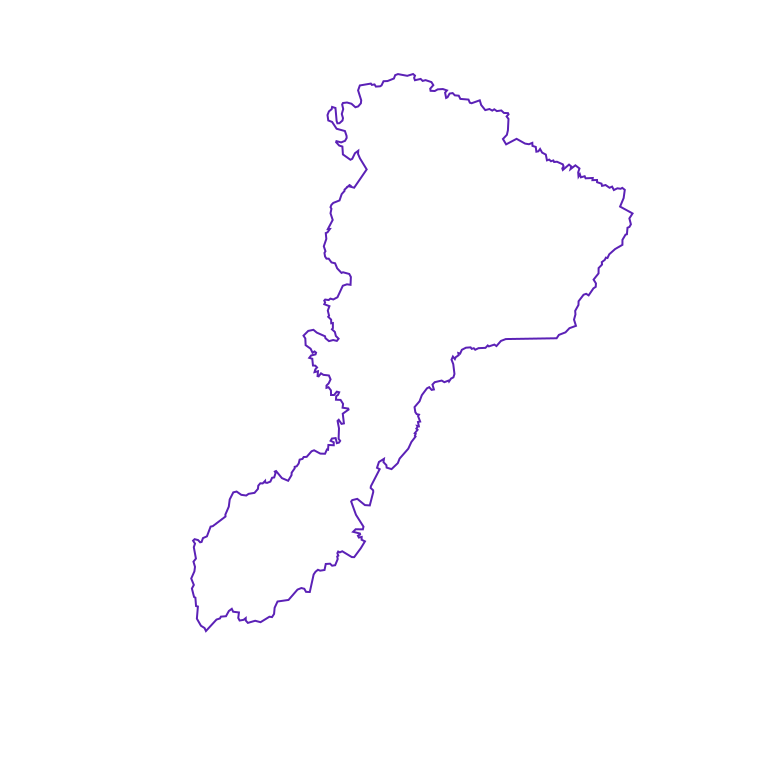 Huejuquilla el Alto, Jalisco, Mexico (Equal Earth projection), rotated 24°
{"feature_id": "50627088B54034913428250", "entity_name": "Huejuquilla el Alto", "entity_type": "district", "adm_level": 2, "iso_a3": "MEX", "parent_name": "Mexico", "parent_adm1": "Jalisco", "projection": "equal_earth", "projection_center": [-103.916, 22.528], "detail": "fine", "context": "isolated", "style": "outline", "palette": "violet", "viewbox_px": 768, "rotation_deg": 24, "n_neighbors": 0, "source": "geoboundaries", "source_scale": "gbopen_adm2", "svg_char_len": 6111}
<svg xmlns="http://www.w3.org/2000/svg" viewBox="0 0 768 768"><g transform="rotate(24 384 384)"><path d="M368.1,651.8L374.0,643.2L376.5,642.5L377.1,638.8L375.1,632.9L375.2,626.0L384.6,620.1L388.6,607.0L391.5,604.0L394.5,603.5L397.3,605.6L400.8,604.2L397.2,586.6L397.8,583.4L399.2,580.6L401.6,580.5L405.3,578.1L404.0,572.1L407.8,570.1L410.5,571.1L413.1,569.4L412.9,562.7L411.4,560.6L412.1,559.4L410.2,557.5L410.3,555.7L412.1,555.8L413.9,553.8L425.0,555.2L427.2,554.3L429.6,543.4L430.6,535.5L426.9,535.4L425.8,532.8L423.5,534.5L421.9,533.2L423.4,531.2L422.8,530.4L415.9,531.6L417.2,528.2L423.8,525.4L423.3,522.7L411.6,514.9L401.8,504.7L402.2,503.0L406.3,499.8L415.8,502.4L420.4,500.7L418.1,487.0L417.3,485.5L414.1,484.4L413.6,482.7L414.7,463.6L411.7,463.4L411.1,457.3L414.4,452.4L415.3,455.6L419.2,457.2L420.4,459.3L425.5,458.7L428.8,450.7L428.6,445.8L432.5,433.2L432.6,425.8L434.2,419.2L433.3,418.8L433.2,416.6L432.1,416.5L433.3,412.2L431.7,411.6L432.2,409.5L431.3,408.8L433.0,408.4L430.5,404.9L432.3,403.6L428.2,399.5L428.4,397.8L426.1,398.2L424.1,397.0L421.3,392.7L423.5,385.3L423.1,378.8L425.0,370.5L426.6,368.5L429.9,370.0L431.8,368.7L428.5,364.8L429.6,361.7L435.3,357.4L438.4,357.8L441.6,354.6L442.4,355.3L443.0,351.8L444.7,349.7L444.3,346.2L439.2,337.7L435.8,334.3L435.8,330.9L438.6,332.4L438.6,330.4L440.5,327.3L439.3,325.5L441.2,325.3L441.2,321.1L444.1,317.5L448.2,315.3L449.8,316.2L451.5,314.8L453.4,315.6L455.8,312.8L462.0,309.7L463.1,306.6L464.5,307.0L468.8,303.1L471.3,303.6L473.3,297.1L477.0,293.4L523.1,272.0L523.8,268.0L528.8,263.0L530.7,257.6L535.7,252.8L531.4,247.9L530.6,242.6L528.9,239.4L529.5,232.7L528.1,229.3L530.0,221.3L532.0,219.4L534.9,219.8L536.4,211.5L537.9,209.1L536.7,205.9L533.0,203.4L535.0,195.7L532.9,190.8L534.6,186.2L533.4,184.1L535.2,180.8L535.3,178.3L536.9,178.0L537.0,173.9L540.3,166.6L545.2,159.9L543.2,155.3L543.9,149.3L545.0,148.4L542.9,142.2L544.3,140.7L544.6,137.7L540.8,132.9L541.7,127.1L527.5,125.9L527.3,116.7L525.0,108.7L521.9,107.9L520.8,109.4L517.6,110.3L515.1,113.3L512.1,110.9L510.2,113.0L505.5,112.1L502.6,114.3L501.2,112.5L496.6,113.0L495.6,111.0L491.5,113.0L490.9,110.9L484.5,114.1L482.8,112.6L479.8,115.1L477.6,112.7L477.3,115.3L475.3,111.7L474.9,107.6L469.9,106.4L467.0,111.8L466.6,109.1L463.8,108.3L460.3,115.7L459.2,114.5L459.5,112.1L458.0,110.6L451.6,110.6L449.1,112.0L447.8,110.9L445.9,112.6L443.7,111.8L441.9,113.4L438.5,108.6L434.3,108.3L431.0,105.8L430.4,108.6L428.7,109.8L426.2,105.7L422.8,106.1L421.4,103.4L418.9,106.0L415.1,107.0L405.4,106.1L398.1,115.4L393.0,111.8L394.9,106.4L394.0,101.8L389.9,91.2L387.2,89.7L388.1,87.0L387.1,86.1L383.3,87.6L379.9,86.4L376.1,88.8L373.0,88.2L371.7,90.2L368.5,89.9L365.1,92.6L359.3,89.6L356.1,85.9L349.8,91.9L348.0,92.1L345.5,89.8L337.8,92.5L335.0,90.2L331.3,91.5L328.4,90.3L325.8,92.0L325.4,96.2L324.4,97.4L321.3,93.0L322.1,90.2L317.8,90.6L313.2,93.0L311.2,95.7L307.3,97.2L306.1,95.4L307.5,90.9L304.5,88.9L298.4,89.5L296.0,91.4L293.4,90.4L288.7,93.9L287.0,92.1L286.9,89.7L284.5,89.0L279.9,93.0L270.7,95.2L268.6,97.3L268.8,100.9L264.0,105.8L260.4,107.6L260.3,112.2L259.4,113.6L255.6,115.6L253.5,114.2L251.2,115.7L249.8,114.9L240.5,121.1L240.9,126.3L247.8,134.1L248.7,137.0L247.5,140.9L245.3,142.8L240.3,141.2L235.7,141.9L232.2,144.0L232.1,145.7L234.9,149.4L235.6,154.5L238.4,157.8L238.9,160.2L237.2,163.9L235.4,164.8L233.8,163.1L227.4,151.6L223.9,152.0L224.4,154.2L222.8,157.4L223.0,161.3L225.9,165.9L230.0,165.7L236.9,170.1L245.4,168.8L248.9,172.6L249.8,174.4L249.5,177.7L246.6,180.7L241.8,181.5L241.9,182.6L246.1,184.4L249.4,184.0L253.1,191.0L262.1,192.8L263.4,191.2L263.6,185.0L265.6,181.4L266.7,184.4L270.3,187.7L280.9,195.0L276.9,216.8L271.2,217.7L272.3,216.4L271.6,216.3L268.9,222.5L269.4,223.7L268.1,227.7L268.7,234.4L264.0,239.2L263.1,241.7L263.2,244.2L264.7,245.3L265.7,249.8L270.4,255.0L269.7,265.3L271.5,264.4L270.7,268.4L269.4,269.8L272.3,274.9L273.0,282.7L276.5,286.5L276.3,288.5L278.3,291.5L280.5,292.9L282.5,292.0L286.6,294.3L290.2,293.6L294.2,297.4L300.0,299.8L301.1,298.6L307.5,297.6L310.2,299.7L313.1,307.0L309.6,308.0L306.4,311.0L306.2,323.7L303.3,327.4L300.3,327.8L299.3,329.8L295.9,330.8L295.5,332.1L297.0,333.4L297.0,335.4L302.5,335.1L302.8,339.8L306.0,343.9L305.7,345.3L309.5,346.7L311.1,350.0L312.5,349.1L314.6,353.8L314.2,355.2L317.9,356.4L320.5,359.7L324.1,361.1L323.4,363.8L319.7,364.5L316.3,367.2L311.9,366.0L310.7,364.4L301.7,364.4L297.5,363.2L293.2,366.3L290.8,372.6L293.6,374.4L296.6,380.4L302.6,381.6L306.0,384.5L307.3,382.5L309.2,383.0L309.4,384.8L305.8,387.6L305.1,390.5L308.2,390.1L311.6,396.0L313.8,395.2L316.1,396.1L315.3,398.6L315.7,401.4L318.5,399.2L320.1,403.8L321.2,403.6L322.1,399.9L324.9,400.3L330.2,398.6L333.3,401.5L333.2,405.9L332.1,408.8L333.0,410.9L334.6,409.5L338.1,411.4L340.1,415.6L342.9,414.3L344.0,410.2L346.4,409.8L346.4,412.7L345.3,414.6L346.5,417.9L350.8,416.2L354.7,418.8L355.8,422.5L361.3,421.0L362.0,421.8L358.4,427.9L363.4,436.3L361.4,437.7L357.2,435.1L356.6,436.6L360.9,442.8L364.8,452.5L367.1,453.8L366.7,455.9L365.0,457.2L361.8,453.1L358.6,455.0L358.3,457.6L361.8,457.7L363.0,460.4L358.0,462.3L359.6,466.8L358.5,467.0L358.5,471.7L354.1,473.5L347.1,473.0L345.2,474.9L343.0,482.0L340.3,483.4L340.0,485.6L337.7,487.4L338.4,491.3L337.7,494.7L336.1,496.0L336.7,497.4L335.7,502.6L336.6,504.9L335.8,511.4L329.0,511.5L320.8,507.4L319.9,508.4L321.1,509.3L321.7,514.0L319.9,515.2L319.9,519.4L317.4,521.9L315.5,522.3L314.8,520.9L313.6,524.2L311.4,525.0L310.5,528.0L311.5,531.1L310.0,536.1L305.0,539.4L303.5,541.9L298.7,543.3L293.1,542.2L290.4,544.3L290.0,552.2L292.1,559.2L292.2,567.8L293.1,569.5L285.4,583.5L283.6,584.8L284.2,595.2L281.3,598.4L281.6,602.5L280.4,603.4L277.6,602.2L274.1,602.8L273.3,604.8L276.3,606.7L276.6,610.4L283.2,620.0L282.2,623.8L285.7,627.9L287.0,632.3L287.0,640.1L292.0,644.9L291.7,649.0L297.1,655.8L298.6,655.9L302.6,663.3L304.5,663.0L308.5,674.5L315.1,679.3L319.3,679.9L321.8,682.1L326.8,667.3L329.5,664.9L329.6,662.9L334.1,660.4L334.6,654.5L336.4,651.3L338.8,653.4L344.4,651.7L346.0,657.0L348.3,658.8L351.6,656.6L352.9,654.1L353.9,656.3L356.8,657.6L362.6,652.7L368.1,651.8Z" fill="none" stroke="#5b21b6" stroke-width="2"/></g></svg>